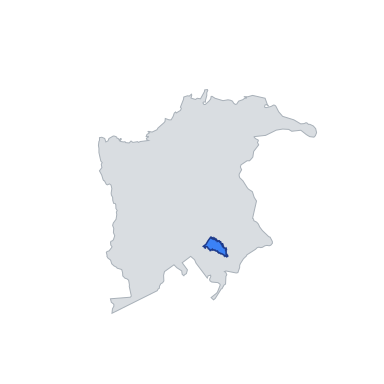 location of Barranco Mina, Guainía, Colombia, rotated 53°
{"feature_id": "7082276B12505915261295", "entity_name": "Barranco Mina", "entity_type": "district", "adm_level": 2, "iso_a3": "COL", "parent_name": "Colombia", "parent_adm1": "Guainía", "projection": "mercator", "projection_center": [-69.213, 3.219], "detail": "fine", "context": "in_parent", "style": "filled", "palette": "blue", "viewbox_px": 384, "rotation_deg": 53, "n_neighbors": 0, "source": "geoboundaries", "source_scale": "gbopen_adm2", "svg_char_len": 7383}
<svg xmlns="http://www.w3.org/2000/svg" viewBox="0 0 384 384"><g transform="rotate(53 192 192)"><path d="M218.6,64.7L215.1,66.1L208.2,67.9L203.5,75.8L200.2,77.1L196.3,81.7L193.3,87.5L191.1,99.1L185.2,109.0L185.7,109.4L188.0,109.0L190.2,107.9L191.0,108.2L191.8,109.9L194.5,110.4L196.7,118.3L200.7,122.4L201.1,123.9L201.7,127.2L200.2,129.2L199.8,136.5L201.1,138.3L204.1,139.0L206.1,143.5L207.4,144.6L209.3,145.3L213.7,144.6L221.7,145.3L223.6,145.2L228.1,143.6L233.8,145.6L238.0,145.9L249.5,159.5L250.6,159.1L252.1,159.9L255.0,158.5L257.5,158.3L260.8,159.0L265.1,159.0L273.8,157.6L275.1,156.8L279.8,157.6L281.3,158.6L281.9,161.1L281.4,162.7L279.7,164.3L278.8,166.3L278.6,168.8L277.8,170.6L276.3,171.8L275.7,173.5L276.0,175.8L275.2,186.0L275.8,186.9L276.3,191.1L278.3,196.5L279.3,198.1L281.0,199.4L284.0,203.9L283.3,205.4L275.5,212.4L275.1,214.0L276.6,213.4L279.0,214.0L279.8,215.7L285.7,220.6L285.6,222.5L287.3,226.2L287.0,227.0L291.0,237.5L291.1,239.7L287.8,240.3L287.6,233.3L287.2,231.8L283.4,225.6L282.6,225.1L280.0,225.8L275.8,230.4L273.8,231.1L272.3,230.5L270.7,227.7L269.6,227.2L268.6,229.5L269.9,231.6L251.3,231.6L247.6,230.7L242.6,231.8L242.6,242.4L251.4,242.5L253.8,245.6L253.6,248.0L254.0,248.9L251.9,249.4L248.8,247.7L243.3,249.7L239.3,250.2L239.0,261.9L241.4,264.8L246.1,268.0L246.8,270.1L246.5,272.1L247.6,274.6L249.2,276.0L249.1,277.5L249.9,279.2L240.7,328.9L237.4,325.8L236.2,323.1L234.6,322.0L231.5,322.8L228.2,321.4L238.9,304.6L238.6,303.1L229.6,298.9L228.6,297.9L224.3,295.7L222.0,296.3L220.6,297.4L217.4,297.8L214.7,296.0L211.6,294.8L207.8,297.6L206.6,297.6L204.0,298.8L201.1,299.3L197.3,298.0L194.3,298.9L192.2,298.7L191.4,297.9L188.7,296.8L188.4,295.7L189.1,293.6L188.0,289.5L187.5,288.8L185.5,288.8L183.1,287.3L182.6,286.4L183.1,284.7L182.7,283.3L180.4,280.0L177.1,279.2L174.0,276.4L170.9,275.5L169.4,273.5L168.1,269.1L164.8,265.7L162.5,264.5L161.8,262.9L159.4,262.7L156.3,260.5L154.9,260.3L153.9,261.4L151.0,260.3L148.5,258.6L145.9,258.2L144.2,257.2L141.1,254.0L137.8,252.5L135.9,253.0L135.3,255.4L134.2,255.8L130.3,255.2L129.7,255.7L128.7,255.6L124.1,253.9L119.4,253.2L118.3,249.3L115.3,247.8L114.4,246.0L112.4,246.2L104.5,242.6L101.2,240.1L98.5,238.7L95.6,235.9L95.1,234.8L92.9,233.2L94.0,231.1L96.7,229.5L100.2,230.7L100.6,228.3L99.3,226.1L99.9,221.2L100.9,220.1L102.8,219.1L104.0,219.5L104.8,218.7L107.6,219.0L108.5,218.7L110.7,216.7L111.6,215.2L112.6,215.3L115.0,212.7L114.6,210.0L116.8,209.4L119.1,205.1L120.1,205.0L120.6,202.9L124.7,195.7L123.2,196.6L121.6,196.1L121.9,193.7L121.4,193.4L120.1,195.2L118.9,193.3L119.2,190.3L117.4,190.8L117.5,190.1L120.1,187.8L121.2,182.5L120.4,180.6L119.8,172.6L119.4,171.1L117.2,169.1L120.6,166.9L121.8,165.2L120.3,161.6L118.3,158.7L118.2,156.9L119.4,157.0L119.9,152.1L118.8,150.2L117.3,150.2L112.8,142.9L111.2,141.4L112.4,137.8L113.8,136.3L113.5,133.6L114.4,133.8L116.3,136.2L117.1,135.8L120.2,133.5L120.3,131.4L122.7,129.1L119.3,121.6L118.1,120.4L119.5,118.0L120.3,118.2L121.6,120.5L123.8,122.1L127.0,126.2L128.3,127.2L127.3,128.1L127.1,129.1L127.6,129.7L129.4,129.8L130.1,128.6L129.6,123.5L128.9,121.0L127.2,119.2L127.7,118.4L131.0,117.2L137.7,112.3L140.0,107.8L141.8,106.1L143.8,105.0L146.2,105.3L148.1,104.7L148.7,103.3L147.5,100.1L148.9,95.7L148.8,93.5L149.8,92.2L149.4,91.7L147.0,93.2L149.5,90.2L151.3,85.5L161.1,77.2L167.5,79.2L169.5,79.1L166.8,80.1L166.5,81.3L167.4,82.6L168.3,82.9L169.2,82.1L171.3,77.3L171.6,74.6L172.5,73.7L173.9,73.4L180.1,74.5L186.1,74.1L195.7,67.2L203.0,64.2L204.8,61.4L205.3,59.2L206.6,58.4L208.0,58.4L208.8,57.2L212.2,55.4L215.8,55.1L219.6,56.8L221.3,59.6L221.6,61.6L218.6,64.7ZM107.7,218.2L107.3,218.5L106.5,217.9L106.2,217.1L106.7,216.5L107.3,216.7L107.7,218.2Z" fill="#d9dde1" stroke="#a8b0b8" stroke-width="1"/><path d="M239.3,204.2L240.5,208.2L242.2,212.3L242.2,215.6L242.4,215.5L242.5,215.5L242.7,215.4L242.8,215.4L243.0,215.3L243.2,215.2L243.4,215.3L243.6,215.3L243.9,215.3L243.9,215.2L244.0,215.3L244.1,215.2L244.2,215.3L244.3,215.2L244.5,215.1L244.3,215.0L244.3,214.8L244.2,214.6L244.2,214.4L243.9,214.2L244.0,213.8L244.4,213.2L244.6,213.1L244.8,212.9L245.1,213.0L245.2,212.9L245.5,212.9L245.8,212.8L246.4,212.9L246.5,213.0L246.8,213.0L247.1,213.1L247.4,212.9L247.7,212.9L248.0,212.6L248.3,212.5L248.6,212.6L248.8,212.5L249.1,212.5L249.5,212.7L249.7,212.8L249.8,212.7L250.0,212.3L249.9,212.2L249.7,212.0L249.7,211.9L249.8,211.7L249.9,211.2L250.0,211.0L250.0,210.9L250.1,210.7L249.9,210.2L250.0,210.2L250.3,210.1L250.5,210.3L250.8,210.5L250.9,210.4L250.8,210.2L250.9,209.9L251.1,209.8L251.2,209.7L251.3,209.5L251.6,209.4L251.9,209.1L252.0,208.9L252.1,208.6L252.4,208.5L252.7,208.6L253.0,208.7L253.6,208.2L253.9,208.1L254.1,207.7L254.4,207.2L254.7,207.2L254.8,207.2L255.2,207.4L255.3,207.5L255.8,207.6L256.1,207.5L256.1,207.3L256.7,207.4L256.9,207.3L256.9,207.2L257.1,207.0L257.1,206.9L257.3,206.8L257.3,206.6L257.5,206.6L257.7,206.4L257.8,206.3L258.0,206.2L258.3,206.1L258.2,206.1L258.4,206.0L258.6,206.2L258.8,206.0L258.8,205.9L259.0,205.9L259.1,205.7L259.2,205.4L259.3,205.4L259.5,205.3L259.7,205.2L259.8,205.1L260.0,205.0L260.2,204.9L260.3,204.9L260.5,204.8L260.8,204.8L260.8,204.7L261.1,204.6L261.3,204.6L261.5,204.5L261.7,204.4L261.8,204.4L262.0,204.4L262.1,204.2L262.4,204.1L262.5,204.1L262.6,203.9L262.8,204.0L262.8,203.9L262.9,204.0L262.9,203.9L262.9,204.0L263.0,203.9L263.3,203.7L263.5,203.6L263.7,203.4L263.8,203.5L263.9,203.4L264.0,203.4L264.3,203.4L264.5,203.4L264.5,203.1L264.6,202.9L264.6,202.7L264.8,202.6L264.9,202.3L264.7,202.0L264.5,201.9L264.4,201.9L264.1,201.8L263.8,201.7L263.5,201.9L263.4,201.8L263.2,201.9L262.9,202.0L262.7,202.0L262.5,201.8L262.4,201.9L262.1,201.8L261.9,201.8L261.6,201.8L261.4,201.7L261.2,201.6L260.5,200.7L260.2,200.6L259.8,200.5L259.5,200.3L259.4,200.4L259.1,200.5L259.0,200.4L259.0,200.2L259.1,199.8L259.1,199.7L258.9,199.2L258.7,199.1L258.3,199.2L258.1,199.5L257.8,199.5L257.7,199.4L257.6,199.2L257.7,198.7L257.4,198.6L257.5,199.2L257.5,199.3L257.4,199.5L257.2,199.6L256.9,199.3L256.6,199.4L256.3,199.5L255.7,200.2L255.3,200.0L255.2,200.0L254.9,200.3L254.8,200.2L254.6,199.7L254.3,199.7L254.2,200.0L253.7,200.3L253.4,200.3L253.4,200.2L253.6,200.0L253.7,199.9L253.7,199.7L253.4,199.8L253.2,199.7L253.3,199.3L253.2,199.2L253.0,199.3L252.9,199.6L252.6,199.7L252.6,199.2L252.4,199.0L252.2,198.8L251.9,198.8L251.8,199.0L252.1,199.3L252.1,199.5L251.9,200.0L251.7,200.1L251.5,199.8L251.8,199.3L251.7,199.1L251.5,198.9L251.4,199.0L251.2,199.3L250.9,199.5L250.5,199.8L250.3,199.8L250.3,199.5L250.1,199.5L249.9,199.8L249.6,199.8L249.3,199.2L249.2,199.1L248.9,199.1L248.7,199.3L248.5,199.6L248.5,200.0L248.4,200.0L248.4,199.7L248.2,199.6L247.7,199.7L247.0,199.5L246.9,199.5L247.1,199.6L247.0,200.0L247.1,200.4L247.1,200.6L246.8,201.4L246.7,201.3L246.7,201.0L246.5,200.9L246.4,201.0L246.3,201.3L246.2,201.4L245.8,201.1L245.7,201.1L245.4,201.5L245.2,201.8L245.0,201.5L244.9,201.2L244.6,201.0L244.4,201.0L244.4,201.3L244.7,201.4L244.8,201.6L244.7,201.8L244.2,201.5L243.8,201.4L243.7,201.5L243.6,202.0L243.5,202.3L243.3,202.4L243.2,202.2L243.2,201.9L243.1,201.6L242.9,201.6L242.7,201.8L242.7,202.0L242.9,202.4L243.2,202.7L243.2,202.8L242.6,202.7L242.2,201.9L241.8,202.0L242.2,202.5L242.4,202.8L242.3,203.1L242.3,203.4L242.1,203.7L241.7,203.7L241.5,203.4L241.0,203.2L240.9,203.2L240.8,203.3L241.1,203.9L241.1,204.1L240.7,204.3L240.1,204.6L239.9,204.5L239.9,204.0L239.7,203.8L239.3,204.2Z" fill="#3b82f6" stroke="#1e3a8a" stroke-width="1.5"/></g></svg>